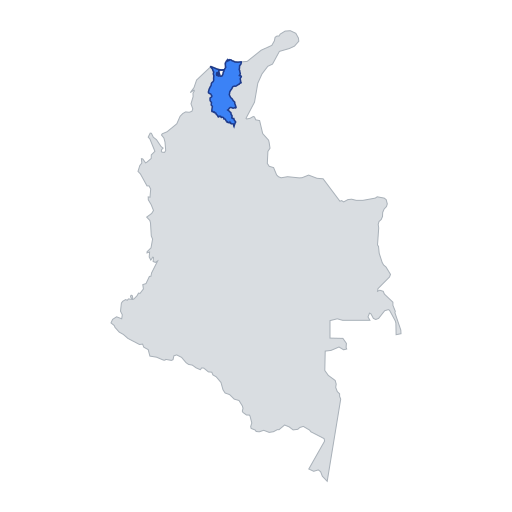 location of Magdalena within Colombia
{"feature_id": "COL-1416", "entity_name": "Magdalena", "entity_type": "Department", "adm_level": 1, "iso_a3": "COL", "parent_name": "Colombia", "parent_adm1": "", "projection": "robinson", "projection_center": [-74.235, 10.123], "detail": "fine", "context": "in_parent", "style": "filled", "palette": "blue", "viewbox_px": 512, "rotation_deg": 0, "n_neighbors": 0, "source": "natural_earth", "source_scale": "10m", "svg_char_len": 8513}
<svg xmlns="http://www.w3.org/2000/svg" viewBox="0 0 512 512"><path d="M294.5,46.1L289.4,48.5L279.4,51.4L272.5,64.1L267.8,66.3L262.0,73.9L257.8,83.2L254.5,102.2L246.0,118.3L246.7,119.0L250.1,118.3L253.3,116.5L254.5,117.0L255.7,119.8L259.6,120.6L262.7,133.6L268.6,140.2L269.2,142.8L270.0,148.2L267.9,151.4L267.3,163.4L269.2,166.3L273.6,167.6L276.6,174.9L278.4,176.7L281.1,177.8L287.6,176.7L299.3,177.9L302.1,177.7L308.6,175.1L317.0,178.3L323.1,178.8L339.9,201.2L341.6,200.6L343.7,201.9L347.9,199.6L351.6,199.2L356.4,200.4L362.7,200.4L375.3,198.1L377.2,196.8L384.2,198.1L386.2,199.7L387.3,203.9L386.5,206.5L384.1,209.1L382.7,212.4L382.5,216.5L381.2,219.5L379.0,221.5L378.2,224.3L378.7,228.0L377.5,245.0L378.5,246.4L379.2,253.3L382.1,262.3L383.5,264.9L386.0,267.0L390.5,274.4L389.5,277.0L378.0,288.6L377.5,291.3L379.7,290.2L383.2,291.3L384.4,294.1L392.9,302.2L392.9,305.3L395.3,311.3L394.9,312.7L400.8,330.1L401.0,333.7L396.1,334.7L395.9,323.1L395.2,320.7L389.6,310.4L388.4,309.6L384.7,310.7L378.6,318.4L375.7,319.5L373.4,318.4L371.0,313.9L369.5,313.1L368.0,316.9L369.9,320.3L342.6,320.3L337.3,318.8L330.0,320.6L330.0,338.1L342.9,338.4L346.4,343.4L346.1,347.5L346.7,349.0L343.6,349.8L339.0,347.0L331.0,350.4L325.2,351.1L324.8,370.5L328.3,375.4L335.2,380.5L336.2,384.1L335.7,387.4L337.3,391.6L339.6,393.8L339.6,396.3L340.7,399.1L327.2,481.3L322.4,476.3L320.6,471.7L318.3,469.9L313.7,471.3L308.8,469.0L324.6,441.1L324.1,438.6L310.9,431.8L309.6,430.1L303.3,426.4L299.8,427.5L297.8,429.3L293.1,429.9L289.2,426.9L284.6,425.0L279.0,429.7L277.4,429.6L273.5,431.7L269.2,432.4L263.7,430.3L259.3,431.8L256.2,431.5L255.1,430.0L251.1,428.4L250.7,426.5L251.8,423.0L250.1,416.3L249.5,415.1L246.5,415.0L243.0,412.5L242.3,411.1L243.0,408.3L242.4,406.0L239.0,400.5L234.2,399.1L229.6,394.6L225.1,393.0L223.0,389.8L221.0,382.5L216.2,376.8L212.9,374.9L211.8,372.2L208.4,371.9L203.8,368.1L201.7,367.9L200.3,369.7L196.0,367.8L192.3,365.1L188.5,364.4L186.1,362.7L181.6,357.4L176.7,354.9L173.9,355.8L173.0,359.7L171.4,360.4L165.8,359.4L164.9,360.2L163.4,360.1L156.6,357.2L149.9,356.1L148.2,349.6L143.8,347.2L142.6,344.1L139.5,344.5L128.0,338.5L123.3,334.4L119.2,332.1L115.0,327.4L114.3,325.6L111.0,322.9L112.6,319.4L116.6,316.8L121.7,318.8L122.3,314.8L120.5,311.2L121.4,303.1L122.7,301.3L125.6,299.6L127.3,300.3L128.4,298.9L132.6,299.5L133.9,299.0L137.1,295.7L138.5,293.1L140.0,293.4L143.4,289.0L142.8,284.6L146.0,283.6L149.4,276.4L150.9,276.3L151.6,272.9L157.6,261.0L155.4,262.4L153.1,261.5L153.5,257.5L152.8,257.1L150.8,260.1L149.2,257.0L149.6,252.0L147.0,252.9L147.1,251.7L151.0,247.9L152.6,239.1L151.3,236.0L150.5,222.9L149.8,220.4L146.7,217.1L151.7,213.4L153.5,210.5L151.2,204.7L148.3,199.8L148.2,196.9L150.0,197.2L150.7,189.0L149.0,185.9L147.0,185.9L140.4,173.9L138.0,171.4L139.8,165.6L141.8,163.0L141.4,158.7L142.7,158.9L145.6,162.9L146.7,162.3L151.2,158.5L151.3,154.9L154.9,151.3L149.9,139.0L148.2,137.1L150.2,133.1L151.4,133.3L153.3,137.2L156.5,139.7L161.1,146.6L163.1,148.1L161.6,149.6L161.3,151.3L162.0,152.2L164.6,152.4L165.7,150.5L165.0,142.1L163.9,138.0L161.5,135.0L162.2,133.8L167.0,131.8L176.8,123.8L180.1,116.3L182.7,113.6L185.6,111.9L189.2,112.3L191.9,111.3L192.8,108.9L191.0,103.8L193.1,96.7L193.0,93.1L194.4,90.9L193.9,90.1L190.3,92.6L194.0,87.6L196.6,80.0L210.9,66.5L220.1,69.7L223.1,69.5L219.2,71.2L218.7,73.2L220.0,75.2L221.4,75.8L222.6,74.5L225.7,66.6L226.2,62.3L227.5,60.8L229.5,60.2L238.6,62.1L247.2,61.4L261.2,50.2L271.8,45.4L274.4,40.8L275.1,37.3L277.0,36.0L279.0,36.0L280.2,34.1L285.1,31.1L290.3,30.7L295.8,33.3L298.4,38.0L298.8,41.2L294.5,46.1ZM132.8,298.1L132.1,298.7L130.9,297.6L130.5,296.2L131.2,295.2L132.2,295.6L132.8,298.1Z" fill="#d9dde1" stroke="#a8b0b8" stroke-width="1"/><path d="M210.8,67.1L210.8,66.8L210.7,66.6L210.9,66.5L211.5,66.8L212.0,67.0L213.3,67.5L215.6,68.5L217.3,69.2L218.5,69.5L219.7,69.7L221.3,69.9L222.9,69.8L223.8,69.7L223.5,70.0L222.3,70.2L220.0,70.1L219.8,70.1L219.5,70.0L219.2,70.0L218.9,70.4L218.9,70.7L218.9,71.0L218.7,71.1L218.6,71.4L218.9,72.2L219.5,73.5L219.1,73.2L218.8,72.8L218.5,72.6L218.2,72.9L218.0,72.6L217.4,72.6L217.1,72.5L216.9,72.6L216.7,73.0L216.6,73.6L216.5,73.9L216.5,74.7L216.6,75.1L216.7,75.3L217.0,75.2L217.2,74.8L217.3,74.3L217.5,74.0L217.5,74.3L217.6,74.5L217.8,74.6L218.0,74.6L218.0,74.9L218.0,75.9L218.4,76.1L218.8,76.0L219.1,75.8L219.2,75.3L218.9,75.5L218.7,75.4L218.5,75.2L218.5,74.8L218.6,74.4L218.8,74.2L218.9,73.9L218.8,73.6L219.3,73.7L219.6,74.1L219.7,74.6L219.9,75.9L220.1,76.2L220.4,76.3L221.4,76.2L221.5,76.2L221.8,76.1L222.2,75.6L222.3,75.5L222.4,75.3L223.1,73.8L223.1,73.6L223.1,72.9L223.3,72.3L223.4,72.1L223.4,71.9L223.8,71.5L223.9,71.3L224.0,70.3L224.3,69.7L225.7,67.3L225.8,67.1L225.7,66.8L225.4,66.3L225.3,66.1L225.3,65.8L225.5,65.3L225.5,65.0L225.4,64.8L225.2,64.3L225.2,64.0L225.2,63.9L225.4,63.7L225.5,63.6L225.5,63.4L225.4,63.3L225.3,63.2L225.4,62.9L225.5,62.7L225.8,62.2L226.0,61.9L226.2,61.5L226.5,60.9L226.8,60.8L227.1,60.9L227.3,60.8L227.3,60.1L227.5,60.1L227.5,60.3L227.6,60.7L227.9,60.3L227.9,60.1L228.0,60.2L228.1,60.3L228.2,59.8L228.5,60.0L228.7,60.4L228.9,60.5L229.2,60.4L229.3,60.1L229.4,59.9L229.6,60.1L229.8,60.0L229.9,59.8L230.0,59.8L230.8,59.8L231.3,60.0L231.7,60.4L232.1,60.8L232.3,60.9L233.3,61.1L234.1,61.6L235.0,62.0L237.9,62.2L240.6,61.9L241.2,61.9L241.2,62.0L241.3,62.7L240.8,64.3L240.7,64.5L240.4,64.7L240.1,65.1L240.0,65.3L239.9,65.3L239.7,65.4L239.6,65.5L239.6,66.1L239.6,66.4L239.5,66.7L239.5,68.1L239.4,68.5L239.2,69.2L239.2,69.4L239.2,69.7L239.5,70.2L239.7,70.5L239.8,71.6L240.3,73.6L240.3,73.9L239.5,75.2L239.3,75.6L239.5,75.7L239.9,75.7L240.3,75.7L240.7,75.8L241.0,76.0L241.3,76.4L241.3,76.7L241.0,77.3L240.7,77.6L240.1,78.9L240.3,79.4L240.4,79.8L240.6,80.8L240.6,81.2L240.5,81.6L240.5,81.8L240.7,82.0L240.9,82.1L241.1,82.3L241.1,82.6L241.0,82.9L240.4,83.1L239.7,83.4L239.5,83.5L239.4,83.7L239.3,84.1L239.1,84.3L238.8,84.4L238.5,84.4L238.3,84.5L237.9,84.9L237.6,85.1L237.2,85.2L236.4,85.9L235.5,86.2L235.2,86.2L234.8,86.1L234.6,86.1L234.3,86.2L233.5,86.4L233.1,86.5L232.8,86.8L232.4,87.3L232.2,87.8L232.0,88.5L231.7,88.9L231.0,89.8L230.6,90.4L230.4,90.7L230.1,91.3L229.7,91.9L229.6,93.2L229.4,94.0L229.3,94.3L229.3,94.7L229.4,95.0L230.1,96.5L230.7,97.6L231.0,97.9L231.3,98.1L231.6,98.4L232.1,98.8L233.4,100.9L233.7,101.1L234.7,102.1L234.8,102.9L234.8,103.0L234.7,103.5L235.3,104.8L236.1,107.3L235.7,107.9L235.5,107.7L235.4,107.4L235.2,107.3L234.1,108.0L233.9,108.1L233.6,108.1L233.4,108.1L232.6,108.1L232.3,108.0L232.0,107.7L231.8,107.6L231.4,107.6L231.2,107.5L230.8,107.5L230.3,107.5L229.9,107.7L229.5,108.0L228.4,109.5L227.7,110.0L229.0,110.9L230.0,112.0L230.5,112.3L230.9,112.7L231.1,114.2L231.3,114.8L231.5,115.0L231.9,115.3L232.0,115.5L232.0,116.5L232.1,116.9L232.1,117.1L231.9,117.3L231.8,117.6L231.8,117.8L231.9,118.0L232.0,118.2L232.3,118.3L233.2,118.6L233.5,118.5L233.8,118.5L234.0,119.2L234.1,119.7L234.4,120.3L235.1,121.1L235.7,122.0L235.1,123.0L234.9,123.8L234.6,124.3L234.0,126.5L233.7,125.8L233.7,125.0L234.0,124.2L233.3,123.9L231.3,123.8L230.5,123.3L230.7,122.9L230.5,122.6L230.1,122.3L229.9,122.0L229.5,122.6L228.8,122.7L228.0,122.5L227.3,122.2L227.6,121.9L227.2,121.6L226.2,121.0L225.9,120.5L225.3,119.3L224.8,119.0L223.9,119.0L223.8,118.8L223.7,118.0L223.5,117.7L223.1,117.4L222.5,117.2L222.1,117.2L221.8,117.3L221.6,117.4L221.4,117.5L221.1,117.4L221.0,117.1L220.8,116.4L220.7,116.3L219.9,116.2L219.5,116.2L219.1,116.4L219.0,116.6L218.9,116.8L218.7,117.0L218.3,116.9L218.0,116.7L217.9,116.5L217.7,115.6L217.3,115.2L216.5,114.6L216.3,114.4L216.2,114.2L216.1,113.9L216.0,113.6L216.0,113.3L215.8,113.2L215.4,112.9L215.0,112.9L214.8,112.8L214.7,112.7L214.6,112.3L214.5,112.1L214.2,111.9L213.9,111.9L213.6,112.0L213.3,112.2L212.8,111.5L212.6,111.3L211.9,111.4L211.8,110.3L212.1,107.9L212.4,106.8L212.3,106.4L212.1,106.0L211.4,105.3L211.2,105.0L211.2,104.4L211.3,103.9L211.4,103.3L211.5,102.7L211.4,102.3L210.6,101.4L210.4,101.1L210.1,100.5L210.1,100.0L210.0,98.8L210.1,98.2L210.2,97.8L210.5,97.6L211.3,97.1L211.6,96.9L211.8,96.5L211.8,95.8L211.7,95.5L211.6,95.4L211.4,95.3L211.3,95.2L211.0,94.4L210.8,94.1L210.7,94.0L210.5,93.8L209.8,93.7L209.6,93.6L209.2,93.2L208.8,93.1L208.5,92.8L208.4,92.0L208.5,91.4L208.8,90.5L209.0,89.6L209.1,89.2L210.4,86.5L210.8,86.0L211.1,85.5L211.2,84.9L211.3,83.7L211.8,82.7L213.1,81.6L213.6,80.7L213.7,80.1L213.6,78.4L213.8,76.1L213.8,75.5L213.7,75.3L213.3,74.1L213.3,73.7L213.4,73.1L213.6,72.6L213.7,72.1L213.6,71.6L213.4,71.3L213.1,71.0L212.9,70.7L212.7,69.6L212.5,69.2L212.0,68.5L211.0,67.5L210.8,67.1Z" fill="#3b82f6" stroke="#1e3a8a" stroke-width="1.5"/></svg>